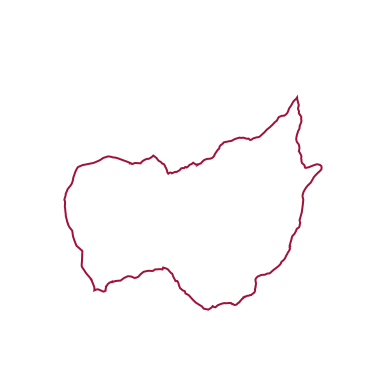 the district of Rupea, Brasov, Romania, rotated 117°
{"feature_id": "2599482B21199067234878", "entity_name": "Rupea", "entity_type": "district", "adm_level": 2, "iso_a3": "ROU", "parent_name": "Romania", "parent_adm1": "Brasov", "projection": "robinson", "projection_center": [25.187, 46.055], "detail": "fine", "context": "isolated", "style": "outline", "palette": "rose", "viewbox_px": 384, "rotation_deg": 117, "n_neighbors": 0, "source": "geoboundaries", "source_scale": "gbopen_adm2", "svg_char_len": 5978}
<svg xmlns="http://www.w3.org/2000/svg" viewBox="0 0 384 384"><g transform="rotate(117 192 192)"><path d="M324.0,234.4L322.3,233.0L321.3,231.3L321.0,226.2L320.8,225.4L319.2,224.2L317.8,224.9L316.5,225.1L315.3,225.8L313.8,225.2L312.7,225.4L310.4,224.4L307.6,222.1L307.6,221.8L308.0,221.7L306.1,219.8L304.2,216.9L303.6,215.7L303.1,215.3L299.4,213.5L296.4,211.1L296.2,210.9L295.5,209.4L294.9,207.8L294.8,206.0L294.8,205.3L294.6,204.0L293.3,202.5L292.1,201.5L291.2,201.1L289.2,200.7L286.1,199.4L285.1,198.9L283.8,197.4L282.0,195.1L281.3,193.7L280.8,192.4L280.2,191.2L279.3,190.5L277.9,189.9L277.3,189.0L276.7,187.8L276.0,186.8L275.4,185.7L274.8,184.5L274.4,183.1L272.4,183.4L271.9,180.4L271.8,178.6L273.6,174.2L273.8,172.6L274.6,171.6L275.6,170.7L276.3,169.8L277.2,168.4L278.8,166.3L278.7,165.7L278.0,165.0L278.0,164.9L278.2,164.2L278.5,163.8L279.4,162.7L281.3,161.0L282.8,159.3L283.2,158.7L283.4,157.2L283.6,156.8L283.9,155.0L283.7,154.4L283.7,153.5L283.7,153.3L285.4,151.7L285.3,149.9L285.5,147.8L287.5,142.6L288.8,138.4L289.2,134.4L289.4,131.3L290.6,128.6L289.4,124.1L288.1,123.2L285.7,122.0L284.3,121.8L284.5,120.1L284.1,118.8L281.1,117.6L280.3,116.8L278.7,115.5L277.3,114.0L277.2,113.8L276.4,112.9L276.1,112.4L275.9,111.5L274.2,108.8L273.9,108.1L273.5,107.5L273.4,107.0L273.2,106.4L273.3,106.2L273.6,106.0L273.5,105.6L273.6,105.1L273.3,104.8L273.3,104.3L273.4,103.3L273.2,102.5L272.5,101.6L272.1,101.3L271.2,100.9L270.5,100.8L269.7,100.3L269.3,100.2L268.9,100.0L268.8,99.7L266.9,99.5L266.4,99.2L265.0,99.0L264.3,98.8L263.9,98.4L263.6,98.2L263.3,98.2L262.7,98.5L262.5,98.4L262.3,97.9L261.9,97.8L261.8,97.6L261.1,97.3L261.0,96.7L260.1,96.3L259.2,95.4L258.5,94.2L257.7,93.7L256.9,92.5L256.2,92.3L255.0,91.6L254.2,91.4L253.5,90.9L252.5,90.8L251.3,91.0L250.2,91.7L249.8,91.7L249.5,91.9L249.0,91.9L248.3,92.0L247.6,92.5L247.4,92.4L246.5,92.8L246.1,92.8L244.8,93.3L243.8,93.9L242.6,94.9L242.0,95.2L241.6,95.5L241.0,95.8L239.2,95.7L237.5,95.1L234.6,92.7L234.3,92.4L232.7,89.7L232.1,89.1L231.1,88.4L230.4,87.8L229.8,86.7L229.3,86.0L228.2,85.4L224.9,84.2L219.3,81.5L216.7,80.6L215.1,80.4L214.2,80.6L213.7,80.6L211.3,79.6L210.0,79.2L208.1,79.0L206.1,79.2L203.9,79.0L202.7,79.1L199.5,78.8L198.4,78.9L198.0,79.0L197.3,79.8L195.8,79.8L195.7,80.6L188.7,82.0L186.5,82.5L185.2,82.5L184.1,82.0L183.1,81.8L181.5,81.7L180.0,81.6L177.6,81.9L176.8,81.7L175.4,80.8L174.6,80.6L174.1,80.6L172.8,80.9L171.9,81.3L170.3,81.6L169.5,82.4L168.0,83.5L166.8,83.6L163.7,84.3L160.1,85.0L152.8,87.6L148.7,89.2L148.1,89.5L146.3,91.1L145.3,91.7L144.4,92.1L141.0,92.7L136.2,92.4L134.4,91.9L133.6,91.9L132.3,91.2L131.3,91.1L130.0,90.5L129.2,90.4L123.6,90.2L121.4,89.7L117.3,88.4L115.8,87.7L114.5,87.4L113.2,87.0L112.7,87.1L111.1,87.8L110.2,88.5L109.8,89.9L109.8,90.4L110.4,93.0L110.6,93.4L111.4,94.2L112.3,95.0L112.9,95.7L116.9,99.2L118.2,100.7L119.0,101.9L119.0,102.3L118.8,102.6L117.1,103.9L116.2,107.2L115.1,108.3L113.7,109.0L113.0,109.7L112.4,110.0L110.8,110.6L110.3,110.9L109.3,112.0L108.7,113.0L108.1,113.7L107.2,115.3L105.4,115.7L103.4,116.6L102.3,117.5L101.8,117.8L101.0,118.7L99.9,121.1L99.6,121.5L99.1,122.0L97.8,123.0L96.8,123.5L93.3,124.5L89.3,125.1L87.0,125.0L85.4,125.5L84.2,126.1L80.5,126.3L79.7,126.5L79.3,126.8L78.5,127.0L77.4,127.9L76.1,128.4L75.5,128.8L74.8,129.7L74.5,130.5L73.9,131.2L73.6,132.3L72.5,133.0L71.7,133.2L71.4,133.4L70.2,134.9L69.7,135.3L68.4,135.8L66.2,136.2L64.7,137.6L63.0,139.0L62.2,139.9L60.0,141.3L61.6,141.5L62.8,142.0L64.7,142.6L65.9,142.8L69.7,142.9L71.8,143.2L73.8,143.4L76.7,143.0L77.6,143.0L79.1,143.1L80.0,143.4L81.8,144.2L82.1,144.5L82.9,145.9L83.7,146.9L85.8,148.6L86.6,148.8L87.8,148.8L89.9,148.8L92.2,149.9L96.1,151.0L97.0,151.4L98.6,151.9L102.3,153.6L106.0,154.6L111.3,156.6L112.1,157.0L112.9,157.6L113.8,159.0L115.9,161.3L117.0,162.1L118.3,162.7L119.0,163.5L119.3,164.1L118.7,165.7L119.7,167.4L120.3,171.0L121.6,172.9L121.9,174.2L123.5,176.0L125.5,177.9L126.8,178.9L127.7,179.4L128.9,180.5L130.4,182.6L131.4,183.7L132.1,184.8L133.5,186.3L133.8,186.4L134.7,186.4L136.9,187.5L137.9,187.9L138.8,188.0L139.5,187.9L141.1,187.5L142.1,188.0L142.8,188.2L148.3,188.9L148.6,188.7L149.9,188.7L151.6,189.1L152.4,189.5L153.8,190.6L154.3,191.3L155.3,193.1L155.9,193.8L157.4,195.2L158.6,196.0L161.2,196.8L162.5,197.1L163.7,198.3L164.8,199.0L164.6,199.0L164.8,199.4L165.0,200.0L165.3,200.1L165.8,200.9L165.4,204.3L166.8,204.8L167.6,205.3L168.9,206.5L170.8,207.0L172.3,207.6L172.6,207.9L172.5,209.0L172.8,209.4L173.7,209.6L174.2,209.8L175.2,211.6L175.7,212.3L178.2,212.9L181.1,214.8L181.5,215.7L182.1,216.5L184.5,218.4L184.3,219.1L184.4,219.9L184.6,220.3L185.9,221.3L186.4,221.5L186.1,222.0L185.7,222.9L184.1,224.0L183.8,224.6L183.3,225.0L182.0,226.7L181.8,227.2L181.0,227.9L180.5,228.8L180.0,229.5L180.0,230.6L180.2,231.2L180.1,231.8L179.6,232.7L179.4,233.7L179.3,236.1L177.8,239.1L177.1,243.0L178.3,243.4L179.7,244.0L181.8,245.4L182.4,246.1L182.8,247.0L183.0,247.2L184.3,248.4L185.6,249.3L187.2,250.2L189.8,250.9L190.9,253.3L191.7,255.4L192.0,255.9L193.2,257.1L193.8,257.4L194.3,258.5L194.1,259.4L194.3,259.6L194.7,260.3L194.2,260.5L194.4,263.1L195.3,270.5L195.5,272.6L195.9,274.8L196.3,276.4L197.0,278.0L197.6,281.1L198.5,283.0L198.9,283.6L199.8,284.3L200.8,285.4L202.1,286.7L203.2,287.2L205.9,288.8L210.1,292.3L211.5,293.8L217.7,301.7L221.5,304.9L223.7,305.2L227.0,305.1L233.5,304.2L234.4,303.8L236.3,303.3L239.1,302.9L242.3,303.3L245.6,304.1L247.9,303.9L251.0,303.7L252.5,303.0L255.7,302.5L256.8,302.2L257.1,302.0L257.6,301.3L258.3,300.7L260.5,299.6L262.3,298.9L263.8,298.0L264.9,297.1L266.5,296.2L268.5,294.8L270.9,293.4L272.1,292.3L274.0,290.6L274.9,290.0L275.5,289.2L276.1,288.8L276.3,288.3L277.3,287.6L279.1,285.0L280.8,281.3L282.0,280.3L284.0,279.0L285.5,277.9L288.1,275.3L292.3,270.6L293.9,264.4L294.4,262.9L302.6,259.1L307.7,256.9L308.7,256.0L309.2,255.2L310.4,253.0L310.9,252.2L312.3,249.7L313.0,248.2L314.7,243.9L315.1,243.1L315.8,242.5L315.5,242.0L317.5,240.0L318.2,239.1L321.2,235.8L323.1,234.7L324.0,234.4Z" fill="none" stroke="#9f1239" stroke-width="2"/></g></svg>